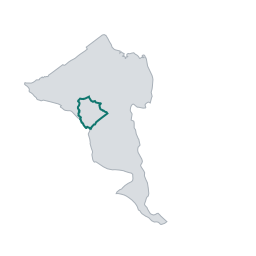 location of Lom-Et-Djerem, Est, Cameroon, rotated 143°
{"feature_id": "32672807B76674513300734", "entity_name": "Lom-Et-Djerem", "entity_type": "district", "adm_level": 2, "iso_a3": "CMR", "parent_name": "Cameroon", "parent_adm1": "Est", "projection": "natural_earth1", "projection_center": [14.12, 5.232], "detail": "fine", "context": "in_parent", "style": "outline", "palette": "teal", "viewbox_px": 256, "rotation_deg": 143, "n_neighbors": 0, "source": "geoboundaries", "source_scale": "gbopen_adm2", "svg_char_len": 5488}
<svg xmlns="http://www.w3.org/2000/svg" viewBox="0 0 256 256"><g transform="rotate(143 128 128)"><path d="M71.5,173.2L71.9,171.9L75.1,165.6L77.2,155.5L78.1,153.2L79.0,151.6L83.7,146.3L85.4,144.6L88.0,142.6L89.7,138.7L90.4,138.3L91.1,137.9L95.2,134.6L95.5,135.3L95.8,136.1L96.1,136.4L97.4,136.7L99.2,136.7L100.2,136.4L100.7,135.8L101.3,133.9L101.6,133.6L102.0,133.5L104.0,134.8L107.2,138.4L108.0,139.0L108.3,139.8L109.0,143.1L109.4,143.9L110.1,144.2L111.4,144.0L112.7,143.4L113.8,142.6L114.9,141.5L115.7,140.5L116.0,139.8L116.2,137.1L116.5,136.5L120.7,132.5L120.6,132.2L119.9,131.1L119.3,129.9L119.9,128.6L120.5,127.7L123.0,124.4L123.1,122.0L125.0,118.3L126.2,113.4L126.2,112.5L128.7,107.1L131.4,106.6L132.4,105.8L133.6,104.5L134.3,103.2L134.7,102.1L135.0,99.8L135.4,97.2L135.7,94.9L136.5,92.8L137.9,91.7L140.2,90.8L140.5,90.4L140.9,89.0L141.2,84.3L141.6,82.3L143.7,79.9L144.7,76.3L145.5,72.5L148.0,67.8L150.8,63.2L152.1,62.0L153.2,61.4L154.5,61.4L155.4,61.0L158.5,58.7L159.7,58.0L160.7,57.2L160.9,56.5L161.0,55.5L160.7,53.1L161.2,51.3L161.5,48.6L161.7,46.5L161.6,45.8L161.0,44.6L160.1,43.3L158.5,42.5L156.4,42.3L155.3,41.8L154.9,39.4L154.8,37.8L153.3,29.8L156.0,29.8L159.2,30.8L160.0,31.5L160.4,34.3L161.6,35.8L163.6,37.1L164.9,39.7L165.4,43.8L166.5,46.2L166.8,46.5L168.4,51.1L168.5,53.2L168.3,54.6L169.0,56.3L168.0,59.3L167.7,61.1L167.6,63.7L168.2,68.2L169.2,71.7L170.2,74.5L171.3,76.7L173.1,79.1L175.1,81.4L176.9,82.7L175.2,83.6L171.9,83.7L170.1,83.2L169.2,83.2L168.3,83.5L164.8,83.9L161.2,83.7L158.0,83.1L156.0,83.2L154.5,84.6L153.2,86.6L152.1,88.2L152.5,90.0L153.3,90.9L155.0,93.1L156.5,95.2L157.3,96.6L160.3,99.7L163.3,102.4L164.6,103.4L165.2,103.6L166.7,105.2L168.9,107.7L171.0,111.8L173.8,119.9L174.4,120.6L175.4,121.0L175.5,121.8L175.4,123.1L175.1,124.1L172.9,128.4L170.9,130.0L170.3,131.0L169.6,133.5L167.7,138.3L167.0,138.9L165.2,142.2L163.7,146.3L163.4,147.0L162.8,147.5L160.7,148.5L160.0,149.0L158.9,150.3L158.8,151.1L159.3,152.3L159.9,153.2L161.0,153.2L161.6,154.1L161.6,160.5L161.1,161.4L161.1,161.8L160.8,162.9L160.8,164.2L160.9,164.7L161.3,165.0L161.9,165.9L162.2,167.9L162.9,174.7L163.3,175.8L163.8,176.6L165.7,178.1L167.6,180.0L168.2,181.3L168.6,183.4L169.3,185.0L169.3,185.6L169.0,185.8L167.8,185.9L168.2,187.1L169.2,189.2L174.1,195.5L178.8,201.2L179.9,201.6L180.7,201.8L181.1,202.1L181.5,202.9L183.1,205.0L183.4,206.2L183.0,207.3L183.4,209.1L183.6,209.7L183.6,210.3L183.7,212.5L184.2,214.4L184.9,216.0L184.8,217.1L183.9,217.7L183.3,218.8L183.2,220.2L183.4,222.0L184.1,224.1L184.2,225.4L183.0,226.2L181.8,224.8L180.4,223.8L178.3,222.1L176.2,221.5L173.5,221.4L172.3,221.6L170.3,220.2L169.6,220.0L168.7,220.6L168.1,220.6L167.4,220.4L165.8,220.4L165.7,219.4L165.4,219.2L163.7,219.3L163.2,218.5L162.3,218.3L161.0,217.2L159.6,218.0L156.7,217.9L141.9,217.8L141.5,216.8L140.8,216.2L139.5,216.2L135.5,216.4L132.5,216.2L130.5,215.8L128.0,215.5L124.9,215.7L121.7,215.7L116.1,215.4L113.0,215.5L113.0,216.1L112.8,216.6L112.7,217.7L92.6,217.7L91.0,217.0L90.5,216.5L90.3,215.5L89.9,215.4L90.3,211.3L90.9,208.0L91.2,204.8L92.1,202.1L91.7,199.3L91.1,198.1L88.0,194.2L89.4,192.7L87.6,192.9L87.2,191.4L86.3,189.7L86.9,189.4L87.4,188.4L89.1,188.7L89.0,188.3L87.6,186.8L87.7,186.1L88.3,185.2L88.0,184.9L87.0,185.7L86.2,185.7L85.7,185.2L85.3,185.1L85.5,186.2L84.9,187.2L84.4,187.5L83.4,187.5L82.7,187.2L82.5,186.7L81.8,186.2L79.8,185.5L78.1,184.6L77.7,182.2L77.1,181.2L76.8,180.0L76.6,178.7L76.9,176.7L76.4,176.3L75.9,176.2L75.2,176.3L74.5,176.2L73.7,175.1L73.0,174.7L73.5,176.7L73.0,177.3L71.8,177.1L71.2,176.4L71.1,175.8L71.7,173.3L71.5,173.2Z" fill="#d9dde1" stroke="#a8b0b8" stroke-width="1"/><path d="M135.7,152.0L135.7,152.7L135.6,153.4L135.9,154.0L136.2,154.2L136.8,155.3L137.0,156.6L137.6,156.9L137.7,157.8L138.4,158.9L138.6,159.4L138.6,160.0L137.9,161.9L137.4,162.7L137.1,163.5L136.4,163.6L135.7,163.6L135.0,164.0L135.1,164.3L135.8,164.8L136.7,165.9L137.3,166.5L138.0,167.4L138.4,168.0L138.3,168.6L138.2,169.4L139.3,169.9L140.2,170.0L141.1,172.2L140.9,173.1L140.9,173.3L140.7,176.0L140.4,176.5L141.9,176.8L144.0,177.2L145.1,177.5L145.3,177.6L145.6,177.9L146.1,177.9L146.6,178.4L147.4,178.9L147.9,179.6L148.6,180.3L149.4,180.1L150.3,179.9L150.9,179.9L151.4,179.7L151.8,179.3L151.5,177.7L152.1,176.6L153.5,175.5L155.3,174.9L155.9,174.2L156.2,173.6L156.2,172.0L156.2,171.2L156.3,171.1L156.5,170.8L157.1,170.9L157.3,170.0L157.6,169.7L158.5,169.7L158.8,169.5L159.3,168.6L159.6,168.1L160.0,167.8L159.9,167.2L159.6,166.6L159.7,166.0L159.3,165.5L159.3,164.8L159.6,164.6L159.9,164.5L160.2,164.2L160.3,164.2L160.4,163.9L160.6,163.8L160.5,163.7L160.6,163.4L160.7,163.2L160.9,162.8L161.0,162.6L161.0,162.4L161.1,162.2L161.3,162.1L161.3,161.6L161.4,161.2L161.4,160.9L161.5,160.9L161.6,160.6L161.8,160.3L161.8,160.2L161.6,160.0L161.5,159.7L161.4,159.4L161.3,159.1L161.2,158.9L161.2,158.7L161.3,158.6L161.3,158.4L161.3,158.2L161.5,157.9L161.5,157.7L161.6,157.3L161.7,157.0L161.7,156.5L161.7,156.0L161.7,155.9L161.7,154.9L161.6,154.4L161.6,154.2L161.6,153.8L161.6,153.7L161.5,153.2L161.3,153.1L161.2,153.2L160.9,153.4L160.9,153.5L160.6,153.4L160.2,153.5L159.9,153.5L159.8,153.3L159.7,153.2L159.7,152.9L159.5,152.7L159.4,152.3L159.3,152.2L159.1,152.0L158.9,151.7L158.8,151.4L158.7,151.2L158.7,150.8L158.7,150.7L158.8,150.5L158.7,150.4L158.4,150.3L158.2,149.7L157.9,149.8L157.4,150.5L156.7,150.4L156.2,150.8L155.3,150.9L153.1,151.3L152.4,150.7L152.1,150.7L151.3,151.1L150.0,151.8L147.4,151.9L144.1,152.0L142.8,152.0L137.0,152.0L135.7,152.0Z" fill="none" stroke="#0f766e" stroke-width="2"/></g></svg>